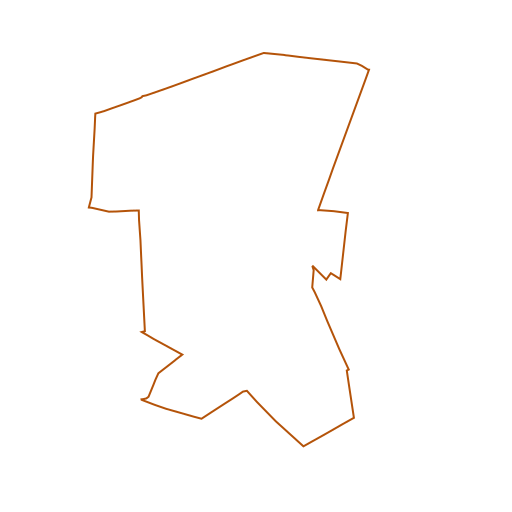 the district of Zimandu Nou, Arad, Romania, rotated 77°
{"feature_id": "2599482B63930255297686", "entity_name": "Zimandu Nou", "entity_type": "district", "adm_level": 2, "iso_a3": "ROU", "parent_name": "Romania", "parent_adm1": "Arad", "projection": "albers", "projection_center": [21.398, 46.275], "detail": "fine", "context": "isolated", "style": "outline", "palette": "amber", "viewbox_px": 512, "rotation_deg": 77, "n_neighbors": 0, "source": "geoboundaries", "source_scale": "gbopen_adm2", "svg_char_len": 1642}
<svg xmlns="http://www.w3.org/2000/svg" viewBox="0 0 512 512"><g transform="rotate(77 256 256)"><path d="M452.1,252.6L449.2,242.7L445.0,228.2L439.3,209.4L435.7,197.0L398.0,194.1L388.0,193.3L387.5,191.2L365.4,195.8L335.5,201.2L319.4,203.8L304.6,206.9L299.3,208.3L282.8,203.0L279.1,203.3L278.8,202.8L294.8,192.8L294.6,192.6L290.3,187.8L289.6,187.0L291.8,184.7L297.5,179.1L292.2,177.2L270.0,169.4L252.1,163.1L234.8,156.8L229.8,170.2L225.7,183.5L225.4,185.2L225.1,185.1L220.1,181.9L210.7,175.9L198.5,168.0L188.1,161.4L159.4,142.7L109.7,110.3L103.5,106.3L99.9,104.0L99.5,105.1L97.8,106.8L94.5,110.1L91.1,114.4L85.1,131.3L74.8,160.6L71.5,169.8L67.9,179.5L67.2,181.7L66.3,183.7L59.9,202.9L62.4,224.5L63.9,236.5L64.5,241.7L65.4,248.3L66.3,255.0L68.9,276.4L71.7,298.5L72.7,307.2L74.8,326.7L74.7,330.7L75.6,331.7L76.2,333.9L77.0,339.9L77.5,344.3L77.7,345.6L79.7,363.5L80.7,371.7L80.7,372.5L80.9,375.3L81.1,380.5L85.2,381.7L86.7,382.1L95.7,384.6L121.4,392.1L126.8,393.6L161.9,403.1L169.1,406.9L170.4,407.6L171.2,408.0L171.3,407.8L171.4,407.2L171.6,406.5L171.9,405.7L172.3,404.7L179.7,389.4L181.3,381.7L183.7,367.7L185.3,360.0L194.8,361.9L215.0,365.1L231.2,368.1L238.4,369.4L250.8,371.7L262.0,373.7L304.3,381.2L304.4,384.4L304.9,383.9L307.9,380.6L314.0,374.2L333.1,352.7L335.5,350.0L338.9,357.4L339.6,358.7L348.3,377.5L353.9,381.8L358.7,385.1L369.0,392.4L370.1,394.9L370.1,398.1L369.9,399.8L370.1,399.8L370.4,399.8L377.5,389.3L378.8,387.3L384.7,377.9L390.8,366.8L398.6,352.7L402.3,345.7L398.2,334.6L392.7,319.4L389.6,310.7L387.1,304.0L385.2,299.2L385.3,295.2L398.3,288.0L421.5,273.9L452.1,252.6Z" fill="none" stroke="#b45309" stroke-width="2"/></g></svg>